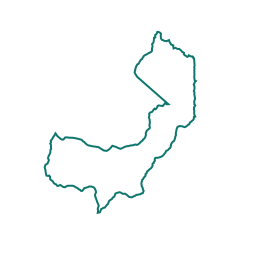 outline of Silvanópolis, Tocantins, Brazil, rotated 325°
{"feature_id": "56859067B70110424139834", "entity_name": "Silvanópolis", "entity_type": "district", "adm_level": 2, "iso_a3": "BRA", "parent_name": "Brazil", "parent_adm1": "Tocantins", "projection": "orthographic", "projection_center": [-47.989, -11.112], "detail": "fine", "context": "isolated", "style": "outline", "palette": "teal", "viewbox_px": 256, "rotation_deg": 325, "n_neighbors": 0, "source": "geoboundaries", "source_scale": "gbopen_adm2", "svg_char_len": 5388}
<svg xmlns="http://www.w3.org/2000/svg" viewBox="0 0 256 256"><g transform="rotate(325 128 128)"><path d="M54.6,180.1L56.7,180.9L58.4,179.8L59.7,179.0L61.0,179.3L62.3,179.3L63.3,179.9L65.5,179.2L66.8,178.8L67.9,178.8L68.8,178.2L70.4,177.1L71.6,176.8L73.2,176.9L74.3,176.9L75.6,176.2L76.9,176.4L77.9,176.1L79.0,175.2L80.1,174.5L81.1,174.7L82.1,174.9L83.2,175.4L84.4,175.8L85.0,176.8L85.4,177.8L85.9,178.7L86.6,179.4L87.8,180.0L88.2,181.0L88.6,181.8L88.8,182.7L89.1,183.7L89.3,185.0L90.2,185.9L91.1,186.8L92.0,187.2L93.2,187.1L94.6,187.6L95.6,187.6L96.5,187.6L97.4,188.2L98.7,188.6L100.1,189.4L101.6,189.3L102.6,189.9L103.6,189.3L104.8,188.4L104.9,186.9L105.5,186.0L105.8,184.8L105.8,183.7L106.3,182.9L106.6,182.0L107.2,181.1L107.9,180.3L109.0,179.4L110.0,178.6L110.9,178.6L111.6,178.1L112.6,177.8L113.5,177.4L114.5,177.4L115.2,176.9L115.9,175.8L117.1,175.7L117.9,175.2L119.0,174.5L120.2,174.6L121.0,174.3L122.1,174.2L123.1,174.2L124.4,174.0L125.6,173.5L126.6,172.9L127.3,171.6L128.3,171.2L129.1,171.4L129.9,170.6L131.2,170.3L131.8,169.2L132.7,168.3L133.9,168.4L134.9,169.3L135.9,169.7L137.0,170.1L138.2,170.4L139.5,170.7L141.0,170.6L142.1,170.4L142.9,170.0L143.9,169.8L144.7,169.6L145.5,168.9L146.4,168.6L147.5,169.0L148.7,168.9L149.8,168.6L150.9,168.6L151.9,168.1L153.0,167.0L154.3,165.9L155.3,165.3L156.7,165.0L158.3,165.0L159.2,164.5L159.9,163.9L160.9,163.1L161.8,162.2L162.6,161.8L163.3,161.2L163.6,160.4L164.5,159.4L165.5,158.5L166.4,157.5L167.2,156.8L167.9,156.4L168.8,155.7L169.9,155.6L170.7,155.9L171.6,156.1L172.3,156.8L173.2,157.6L174.0,158.5L174.6,159.6L175.9,160.1L176.7,160.1L178.2,160.0L179.4,159.8L180.3,160.1L181.2,159.4L182.2,159.0L183.6,159.1L184.8,158.8L185.9,158.8L187.2,158.2L187.8,157.4L188.4,156.7L189.6,157.2L189.7,156.2L190.1,155.1L190.7,153.8L191.4,152.9L192.2,151.9L192.6,150.7L193.3,149.8L193.9,148.9L195.1,148.6L196.1,148.0L195.9,146.6L196.6,145.8L197.1,144.7L198.1,143.7L199.3,142.8L200.1,142.1L200.5,140.7L201.1,139.8L201.5,138.6L202.4,137.6L203.0,136.7L203.0,135.7L203.6,135.1L204.5,134.5L205.3,133.6L205.9,132.7L206.4,131.7L206.8,130.0L208.3,129.3L209.2,128.5L210.5,128.4L210.0,127.3L210.5,126.1L211.1,125.0L211.5,124.2L212.3,123.3L213.3,122.0L214.0,120.8L214.7,120.0L215.2,119.0L215.8,118.2L216.5,117.6L216.8,116.8L217.3,116.0L218.2,115.2L219.0,114.1L219.6,112.9L220.4,111.7L221.1,110.6L221.4,109.7L222.1,108.9L221.6,108.0L222.1,107.2L221.8,106.3L220.9,105.8L220.2,104.8L219.5,103.3L218.4,103.9L217.3,103.7L217.0,102.7L216.5,101.5L216.1,100.5L216.1,99.5L217.0,98.5L216.6,97.6L216.0,96.7L216.1,95.5L215.9,94.7L215.6,93.7L215.4,92.6L214.6,92.2L213.8,91.5L213.3,90.5L212.8,89.5L211.9,89.2L211.0,89.0L211.5,88.1L211.7,87.1L212.5,86.3L211.8,85.2L211.1,84.3L211.4,83.2L211.3,82.1L211.5,80.9L212.0,79.6L210.8,79.2L209.5,79.1L208.4,78.1L207.5,77.1L207.0,76.0L206.4,75.3L206.3,74.3L206.6,73.0L207.2,72.1L207.7,71.3L208.3,70.5L209.1,69.7L208.8,68.1L208.0,66.8L207.2,66.1L206.1,66.9L205.1,67.4L203.6,67.4L202.9,68.3L202.3,69.5L201.1,69.0L200.4,69.8L199.9,70.5L198.9,71.6L197.6,72.7L195.8,73.1L195.3,74.5L194.5,75.7L193.4,76.4L191.9,78.5L190.7,78.9L188.9,78.7L187.1,78.4L185.4,78.4L184.5,78.2L183.4,78.0L181.9,78.2L181.1,78.7L180.1,78.9L179.2,79.5L178.2,79.4L177.1,79.7L176.2,80.1L174.6,80.9L173.3,81.5L172.3,81.2L169.9,82.3L168.0,83.8L166.9,84.8L165.4,86.1L165.1,87.2L165.0,88.6L164.9,89.8L164.9,91.5L174.7,131.6L173.5,130.9L172.9,129.8L172.5,128.9L171.5,129.3L170.4,129.5L169.1,130.0L167.3,128.3L166.1,127.1L164.9,126.9L164.2,127.5L162.1,128.4L161.2,128.4L160.8,127.4L159.7,127.5L158.4,128.2L156.9,128.6L154.8,128.0L153.3,128.6L153.0,129.7L152.3,130.4L151.4,131.0L150.8,132.7L150.3,133.9L149.7,135.0L148.7,136.5L147.8,137.3L147.1,138.0L146.7,139.1L146.1,140.3L145.3,140.8L144.0,140.7L141.8,141.0L140.6,141.7L139.6,142.4L139.1,143.3L138.4,144.2L137.7,144.7L136.8,145.4L135.7,145.9L134.5,146.1L133.6,146.1L132.9,146.6L130.4,146.7L128.3,147.2L126.5,147.2L125.3,146.7L124.8,145.9L123.7,145.4L122.6,145.2L121.4,144.5L120.4,144.1L119.6,143.5L117.9,143.1L117.0,142.4L115.4,141.8L113.9,141.5L110.2,140.9L109.3,140.0L108.0,138.0L107.5,136.8L106.2,135.2L105.0,133.6L103.9,133.9L102.5,134.3L100.0,134.7L98.3,134.7L97.3,134.4L95.4,132.7L94.9,131.7L93.3,128.0L93.0,127.0L92.2,126.1L87.9,122.1L87.2,121.2L85.6,119.6L84.7,117.8L84.3,115.5L84.1,114.2L83.5,113.2L83.3,111.1L81.9,109.4L79.4,106.5L78.1,105.3L76.9,104.1L75.6,103.2L74.5,102.4L73.2,101.2L72.2,100.3L70.9,99.7L69.6,100.2L68.2,100.3L66.9,99.1L66.5,98.1L65.5,93.8L65.5,92.6L65.6,91.7L65.5,90.8L64.2,91.6L63.0,92.0L61.4,92.6L59.9,93.4L59.0,93.7L57.4,94.1L57.0,95.1L56.5,95.8L55.4,96.1L55.2,97.6L53.9,99.5L53.1,101.0L52.2,101.2L50.1,103.7L48.3,104.8L47.2,105.2L45.1,106.9L44.9,108.6L44.3,109.4L43.0,110.1L42.0,110.8L40.7,111.0L39.4,110.8L38.6,111.3L37.3,112.3L36.7,113.6L36.4,114.8L34.6,118.2L33.9,120.2L35.1,121.5L36.1,121.7L36.2,123.4L35.5,124.2L34.9,125.4L35.2,126.7L35.7,128.0L35.9,128.9L35.6,129.8L35.7,130.8L36.0,131.8L36.7,132.7L36.9,134.9L38.1,135.5L39.8,135.8L40.3,136.9L41.0,139.0L42.4,140.4L43.7,140.4L44.8,140.5L45.9,141.0L48.0,142.5L49.3,143.3L50.7,145.2L51.1,146.5L52.0,147.9L52.3,148.7L52.7,150.4L53.3,151.2L53.5,152.7L54.5,153.3L57.7,152.2L58.7,152.6L61.1,153.4L62.8,153.7L63.6,154.4L64.6,155.1L65.8,156.9L66.1,158.2L65.8,159.7L65.6,161.1L64.9,162.3L62.7,163.8L61.9,165.3L60.3,171.3L59.5,174.8L58.3,175.8L57.3,176.4L56.7,177.1L55.8,178.9L54.6,180.1Z" fill="none" stroke="#0f766e" stroke-width="2"/></g></svg>